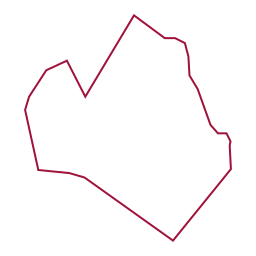 map outline of Vransko (Robinson projection), rotated 90°
{"feature_id": "SVN-241", "entity_name": "Vransko", "entity_type": "Municipality", "adm_level": 1, "iso_a3": "SVN", "parent_name": "Slovenia", "parent_adm1": "", "projection": "robinson", "projection_center": [14.936, 46.238], "detail": "fine", "context": "isolated", "style": "outline", "palette": "rose", "viewbox_px": 256, "rotation_deg": 90, "n_neighbors": 0, "source": "natural_earth", "source_scale": "10m", "svg_char_len": 416}
<svg xmlns="http://www.w3.org/2000/svg" viewBox="0 0 256 256"><g transform="rotate(90 128 128)"><path d="M60.7,189.1L96.7,170.7L15.4,122.0L38.1,91.3L38.1,81.0L43.1,71.1L56.5,67.6L75.5,66.5L88.9,58.4L124.9,45.5L133.3,38.1L133.3,29.5L141.4,25.5L145.4,26.3L169.1,25.1L240.6,83.0L177.5,171.5L173.1,186.6L170.0,217.7L109.9,230.9L96.7,226.9L70.2,209.7L60.7,189.1Z" fill="none" stroke="#9f1239" stroke-width="2"/></g></svg>